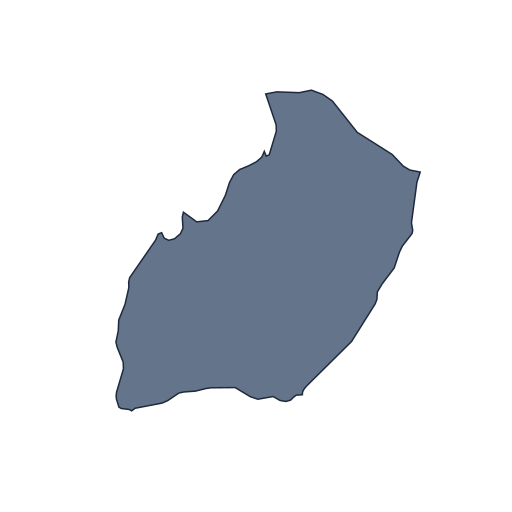 the border of Lecce, rotated 68°
{"feature_id": "ITA-5407", "entity_name": "Lecce", "entity_type": "Province", "adm_level": 1, "iso_a3": "ITA", "parent_name": "Italy", "parent_adm1": "", "projection": "albers", "projection_center": [18.178, 40.157], "detail": "fine", "context": "isolated", "style": "filled", "palette": "slate", "viewbox_px": 512, "rotation_deg": 68, "n_neighbors": 0, "source": "natural_earth", "source_scale": "10m", "svg_char_len": 1207}
<svg xmlns="http://www.w3.org/2000/svg" viewBox="0 0 512 512"><g transform="rotate(68 256 256)"><path d="M239.7,72.3L247.8,79.1L283.4,99.4L291.0,101.1L293.7,103.0L301.7,116.7L306.1,121.5L318.9,132.4L329.0,149.3L334.7,156.9L341.6,160.2L345.1,163.5L371.1,199.5L395.7,258.3L397.4,261.3L399.4,263.7L402.0,265.0L400.1,270.9L401.1,274.5L402.6,277.8L402.1,282.7L399.0,287.8L392.7,292.8L389.5,307.9L384.4,313.9L370.2,324.6L361.4,346.9L360.1,352.1L358.6,362.8L355.0,374.0L354.2,378.9L357.0,392.0L357.2,398.0L351.9,425.1L353.0,429.3L350.9,430.9L346.9,438.1L344.8,439.7L336.3,439.0L333.1,438.0L330.0,436.3L311.0,421.2L304.6,418.9L288.5,418.9L283.3,418.1L273.7,411.7L264.0,407.3L251.8,395.6L237.6,385.7L232.4,383.8L228.7,381.2L203.7,343.2L199.0,338.5L199.0,334.8L205.2,334.4L208.8,330.9L209.5,325.1L207.0,317.7L202.9,313.3L192.4,309.8L188.2,306.9L202.1,298.2L205.2,287.2L199.9,274.8L188.3,261.7L177.9,253.0L172.2,246.2L169.7,238.8L169.6,229.1L168.8,220.4L166.5,213.6L162.1,209.1L167.2,209.1L167.2,205.9L147.9,190.4L141.9,188.2L109.4,186.3L111.6,175.2L120.8,154.6L123.0,142.5L131.3,133.4L141.0,127.1L179.3,115.8L212.9,91.7L227.8,85.8L233.9,81.2L239.7,72.3Z" fill="#64748b" stroke="#1e293b" stroke-width="1.5"/></g></svg>